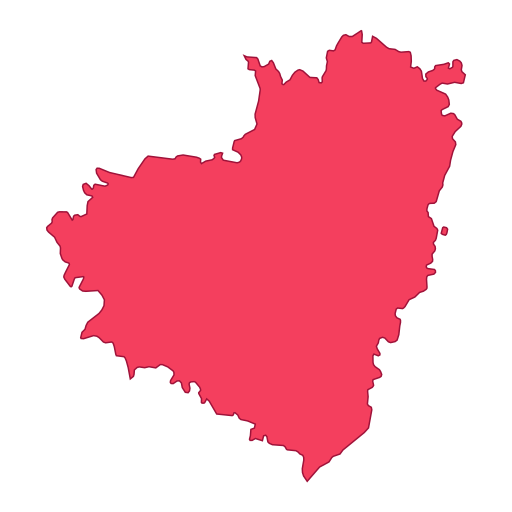 SVG path tracing the border of Samara
{"feature_id": "RUS-2392", "entity_name": "Samara", "entity_type": "Region", "adm_level": 1, "iso_a3": "RUS", "parent_name": "Russia", "parent_adm1": "", "projection": "orthographic", "projection_center": [50.566, 53.218], "detail": "fine", "context": "isolated", "style": "filled", "palette": "rose", "viewbox_px": 512, "rotation_deg": 0, "n_neighbors": 0, "source": "natural_earth", "source_scale": "10m", "svg_char_len": 5914}
<svg xmlns="http://www.w3.org/2000/svg" viewBox="0 0 512 512"><path d="M361.2,30.7L361.6,30.9L362.2,34.5L361.8,42.3L363.3,43.3L370.7,42.9L371.5,42.0L372.6,36.3L376.4,38.3L386.5,47.2L389.1,48.7L395.1,49.4L398.7,51.6L401.0,52.2L408.8,51.6L410.3,52.3L411.1,55.8L411.3,61.3L410.6,67.0L413.9,68.3L417.3,66.8L419.8,68.7L421.4,71.2L422.5,78.6L424.0,81.1L425.8,81.1L427.4,79.2L427.3,78.5L425.9,76.7L425.8,74.1L428.4,71.9L432.6,70.5L434.0,69.5L434.7,68.6L434.7,66.9L435.6,65.6L443.9,64.3L448.3,62.8L449.5,64.0L448.4,68.1L449.8,68.8L452.5,67.3L452.9,66.3L452.9,61.8L453.8,60.4L456.9,59.6L459.8,61.1L461.2,62.7L461.7,64.2L462.0,65.6L461.3,69.8L461.9,71.7L465.3,74.8L463.4,82.8L461.2,83.5L454.6,82.3L447.5,84.0L442.2,83.1L440.2,84.1L435.5,87.7L435.5,88.6L436.8,90.2L445.6,94.1L447.7,97.1L448.8,100.0L449.3,104.4L448.2,106.6L442.1,109.6L441.1,110.7L441.5,113.9L442.2,115.4L444.8,115.9L450.8,113.2L453.5,113.6L454.7,114.6L457.3,119.2L460.9,121.3L461.7,122.9L461.8,124.1L460.9,126.3L455.2,131.6L452.2,136.4L452.5,138.7L455.4,141.9L455.8,144.6L452.9,151.6L450.6,160.1L449.6,166.3L444.7,175.4L442.7,182.9L442.9,184.9L442.3,187.0L439.3,190.8L436.2,201.6L434.3,203.2L429.7,203.4L428.8,203.9L428.0,204.9L426.9,209.0L426.9,211.0L428.1,212.5L428.4,216.6L431.4,218.6L434.0,226.3L436.9,228.5L437.7,230.2L436.2,238.3L435.4,240.3L433.4,242.4L433.5,244.1L435.1,246.4L435.4,248.8L434.8,250.9L432.1,254.1L432.1,256.3L432.7,259.6L432.5,261.4L430.8,263.1L426.5,265.1L426.2,266.9L427.1,268.3L428.0,268.6L434.5,269.5L435.4,270.7L435.5,272.4L433.9,274.1L427.9,275.4L426.8,276.7L426.5,279.2L427.0,287.2L426.8,288.5L426.1,289.4L423.4,291.2L419.6,292.4L414.9,297.0L409.1,299.7L405.0,306.6L403.7,307.9L402.6,308.6L397.6,308.0L396.2,309.1L395.1,313.6L395.4,315.8L396.9,317.8L400.1,319.3L400.5,320.3L400.5,322.4L399.8,325.8L398.8,334.7L397.1,340.1L395.1,341.6L390.6,342.6L388.4,341.8L384.8,338.0L382.5,337.3L379.6,338.4L378.8,340.1L378.3,342.9L376.4,346.2L377.2,348.8L379.9,353.4L379.9,354.9L378.3,355.8L373.9,354.1L372.9,355.8L373.0,362.3L373.5,364.6L375.0,366.6L379.4,369.7L380.6,371.6L381.7,374.5L381.1,376.4L379.6,377.4L373.1,379.6L372.7,381.3L373.6,385.3L373.1,386.3L372.2,387.4L367.8,389.7L367.6,391.4L368.1,396.7L367.4,404.0L368.4,405.6L371.3,407.3L371.8,409.8L368.5,427.9L364.2,432.6L342.9,450.0L340.0,454.0L333.3,456.3L331.8,457.5L329.0,461.9L319.6,467.0L307.2,481.3L303.6,476.0L302.5,472.5L302.3,468.7L303.8,460.0L303.7,457.4L302.8,455.3L299.8,453.9L298.2,452.1L296.0,450.7L287.3,449.8L286.5,449.3L285.1,446.8L283.4,445.5L272.4,444.7L269.3,443.3L267.9,441.9L266.9,436.7L265.7,435.2L263.6,435.8L262.4,440.7L255.4,438.5L252.1,440.4L250.1,440.4L249.5,439.3L250.4,435.7L250.9,429.4L254.4,428.1L255.3,424.1L247.5,420.9L240.8,419.5L239.2,418.1L237.8,415.0L235.0,412.7L233.9,412.9L233.3,414.9L232.2,415.6L216.7,414.0L209.2,401.1L206.7,398.9L204.7,402.6L204.0,403.1L202.0,403.1L201.4,402.4L201.5,398.6L198.8,393.6L198.7,392.7L200.6,390.4L200.5,389.1L199.6,387.1L195.5,382.2L194.2,381.6L190.8,381.9L189.5,382.7L189.1,384.1L189.9,388.2L189.5,390.9L188.1,392.7L185.3,392.3L182.3,387.6L181.4,382.9L179.4,380.8L177.0,381.0L173.2,383.6L171.2,383.5L170.6,382.9L170.3,382.2L170.6,380.5L174.0,374.9L173.9,372.3L173.1,370.9L167.8,366.9L162.4,364.6L160.2,364.6L155.8,367.9L149.0,366.7L144.7,367.7L139.4,366.9L137.2,367.4L134.4,369.9L134.0,374.5L133.4,376.4L130.3,378.9L128.2,367.6L126.4,361.0L125.1,357.9L124.0,356.7L116.4,355.7L115.8,354.3L114.3,346.7L113.2,343.3L112.4,342.4L111.5,342.0L105.6,342.8L103.4,342.0L99.2,337.7L96.9,336.2L93.6,335.6L83.6,338.7L81.1,338.5L80.7,337.7L82.0,332.3L85.0,329.3L86.1,325.5L87.8,322.2L99.1,313.4L101.8,310.0L104.0,305.7L104.4,299.8L102.0,295.2L98.0,290.5L85.8,291.3L82.6,291.0L79.7,289.0L79.1,287.8L79.2,287.2L83.5,278.8L83.8,277.0L83.2,276.6L75.1,277.7L74.3,279.1L71.9,286.2L71.1,286.8L70.3,286.4L64.8,279.2L63.8,277.0L64.1,275.3L65.6,272.1L69.4,264.6L69.2,263.6L68.7,263.0L65.2,261.9L62.7,259.8L61.9,258.3L60.3,253.6L60.5,248.0L60.1,246.2L57.0,242.3L54.6,237.2L48.6,232.1L47.0,230.1L46.7,227.7L47.6,226.4L51.6,223.1L52.2,221.7L52.0,219.6L52.6,217.9L57.6,212.3L59.4,211.8L66.6,211.9L67.6,212.5L72.2,220.1L72.9,219.6L73.6,216.2L74.7,215.2L77.8,214.7L79.9,216.4L81.1,216.6L86.8,214.0L87.2,205.6L88.0,201.6L92.7,197.3L92.2,196.2L91.4,195.8L86.8,194.8L84.7,192.8L83.5,190.3L82.6,186.5L83.2,184.4L86.1,183.3L89.0,185.7L91.7,189.1L92.4,189.1L93.3,188.1L93.8,185.3L95.1,184.2L105.0,186.2L107.6,185.1L108.1,184.2L108.1,183.5L107.4,183.0L102.3,181.2L100.5,179.8L96.6,173.2L96.1,169.6L97.1,168.2L99.3,168.3L109.5,172.5L131.3,177.6L133.5,177.4L138.2,168.7L145.0,158.8L148.1,156.1L172.6,159.2L175.0,158.8L176.2,156.9L177.7,155.9L183.1,155.0L196.5,157.2L199.3,158.2L200.7,159.2L200.5,162.1L201.5,163.6L205.8,161.1L212.1,159.8L213.9,158.5L214.7,157.3L214.0,155.5L214.5,154.4L220.7,152.6L222.6,153.2L221.6,156.0L221.5,157.6L223.3,160.2L237.1,162.8L239.5,162.1L240.7,160.9L241.6,158.8L241.7,157.1L240.8,154.9L238.1,152.2L232.6,149.7L232.6,148.0L234.2,141.5L234.7,140.6L241.4,138.7L243.3,137.1L243.8,136.0L245.3,134.3L254.6,129.5L257.0,124.0L255.2,117.6L255.1,114.1L258.6,101.1L260.2,90.0L260.1,88.4L255.2,75.6L255.6,70.9L254.2,70.1L249.3,69.6L248.0,68.8L248.5,62.2L248.2,61.3L246.0,59.4L244.2,55.7L246.9,56.9L256.6,57.6L257.9,59.1L260.2,65.9L262.0,66.9L264.2,66.6L268.1,64.4L268.7,64.0L269.8,61.3L271.7,60.5L273.4,62.8L275.8,68.9L278.5,71.5L279.7,73.5L280.6,76.6L282.3,80.1L281.9,83.7L283.1,84.6L283.8,84.6L286.2,82.1L290.0,79.8L292.4,75.3L294.9,72.2L298.0,70.1L299.7,69.7L303.0,71.1L309.9,77.4L316.8,77.8L318.2,79.6L319.1,82.6L321.2,82.9L322.3,81.8L322.1,77.9L322.4,76.7L326.1,70.6L326.4,68.9L326.5,65.9L327.4,61.6L326.3,57.9L327.6,51.3L329.3,50.3L333.5,50.9L335.1,49.9L336.5,45.9L338.1,43.0L341.8,36.9L343.4,35.3L345.9,34.7L349.1,36.5L352.3,36.5L361.2,30.7ZM443.7,227.0L446.5,227.7L447.6,229.2L446.9,232.9L446.3,234.4L445.3,235.2L442.3,234.3L441.2,233.3L442.7,227.7L443.7,227.0Z" fill="#f43f5e" stroke="#9f1239" stroke-width="1.5"/></svg>